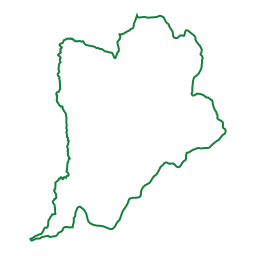 outline of Jardín, Antioquia, Colombia
{"feature_id": "7082276B57305283238211", "entity_name": "Jardín", "entity_type": "district", "adm_level": 2, "iso_a3": "COL", "parent_name": "Colombia", "parent_adm1": "Antioquia", "projection": "natural_earth1", "projection_center": [-75.842, 5.568], "detail": "fine", "context": "isolated", "style": "outline", "palette": "green", "viewbox_px": 256, "rotation_deg": 0, "n_neighbors": 0, "source": "geoboundaries", "source_scale": "gbopen_adm2", "svg_char_len": 5630}
<svg xmlns="http://www.w3.org/2000/svg" viewBox="0 0 256 256"><path d="M144.5,16.9L139.3,17.5L138.2,17.4L137.4,16.4L137.0,15.4L135.7,19.3L133.9,23.9L133.6,26.5L133.2,27.8L132.3,28.5L130.6,29.1L129.8,30.1L129.1,30.6L127.3,31.4L123.8,33.5L122.5,34.1L121.4,34.3L119.6,34.2L119.4,34.6L120.3,36.2L119.9,38.5L119.7,39.3L118.4,40.6L117.4,42.2L117.5,43.2L118.9,49.0L118.7,51.0L118.5,51.7L117.4,52.5L116.9,54.4L116.1,56.1L115.5,57.8L115.3,58.1L114.9,58.1L114.1,57.4L113.4,55.3L112.6,53.8L111.8,52.7L108.9,52.3L107.6,51.7L105.5,51.5L103.3,50.2L102.6,49.5L101.9,49.1L101.1,48.9L99.8,49.0L98.1,48.0L97.3,48.0L96.8,48.1L96.3,48.0L95.2,47.0L92.5,46.2L91.4,46.1L89.4,45.6L87.9,45.4L85.7,44.7L84.4,43.4L83.5,41.6L82.8,41.2L81.7,41.8L80.5,41.2L78.9,41.0L77.2,41.4L75.5,41.1L74.8,41.1L73.8,39.8L73.3,39.5L72.8,39.5L72.4,38.8L71.3,39.1L70.7,38.4L70.1,38.7L69.3,38.9L68.1,38.5L67.2,38.8L66.3,38.9L65.3,39.8L63.9,40.2L63.6,40.8L63.2,42.0L62.9,42.7L61.9,43.3L60.6,43.6L59.6,44.6L59.6,45.0L59.7,45.5L60.9,46.4L61.9,47.7L60.4,49.0L60.4,49.5L60.7,50.2L60.3,51.1L60.8,52.4L60.7,52.8L59.2,53.6L58.0,55.0L58.5,55.6L59.4,56.1L59.8,56.6L60.6,57.6L60.6,58.0L59.9,59.1L59.8,59.9L60.5,61.8L60.6,62.3L59.9,62.8L59.5,63.3L58.9,65.0L58.8,67.2L58.5,68.4L58.6,69.5L59.2,71.2L59.3,71.8L58.8,72.6L57.8,73.8L57.7,74.7L58.1,75.8L59.4,77.1L59.3,78.8L59.9,81.3L60.0,87.1L60.3,88.3L60.3,88.8L59.6,89.5L59.4,90.8L58.8,91.6L58.3,92.0L56.9,92.3L56.7,92.6L56.7,93.1L56.4,93.6L56.2,94.2L56.5,94.8L56.9,95.0L57.1,95.3L56.8,96.1L57.2,96.5L57.0,97.4L57.3,98.0L56.6,99.3L57.0,100.1L56.9,101.2L57.0,101.7L58.3,103.1L59.3,105.3L60.3,105.8L60.4,106.3L60.8,106.6L62.1,106.4L62.6,106.9L62.6,108.9L63.3,109.5L63.8,110.8L64.9,112.1L65.5,113.1L65.9,114.3L66.1,115.7L66.5,117.5L66.3,121.0L66.7,125.7L66.3,128.1L66.8,129.3L66.9,130.2L66.8,131.7L66.4,132.2L66.3,132.6L67.1,134.7L66.9,136.9L67.0,137.2L67.6,137.4L68.0,138.0L67.8,140.3L68.6,140.7L68.8,141.2L68.3,142.3L68.2,143.7L67.9,144.7L67.2,146.0L67.1,146.6L68.1,149.5L68.1,150.2L67.5,151.0L68.0,151.9L68.0,152.4L68.0,152.9L67.7,154.2L67.8,154.7L68.9,156.9L69.0,157.8L69.7,158.6L68.8,159.2L68.1,161.9L67.6,162.6L67.6,163.6L67.3,164.8L67.0,170.0L66.5,171.1L66.5,171.4L66.6,171.7L67.5,172.4L68.3,173.5L68.7,175.0L68.2,175.8L67.1,175.9L66.7,176.1L66.1,177.2L66.0,177.8L64.8,177.2L63.9,177.3L63.6,177.6L63.5,178.4L63.1,179.0L62.4,178.9L61.7,177.5L60.9,177.2L60.7,177.3L60.6,178.4L60.3,178.6L59.5,178.5L59.0,178.5L58.5,180.2L57.7,180.6L55.3,182.9L55.5,184.5L55.3,186.5L55.5,187.7L55.0,188.6L54.8,189.6L54.2,189.9L54.1,190.5L54.6,191.9L56.1,194.2L56.1,196.2L56.4,197.5L55.5,198.7L55.0,198.6L54.4,199.2L53.3,200.8L53.0,201.0L52.8,201.7L53.0,202.5L53.4,203.5L54.1,204.2L54.5,204.8L55.0,208.1L55.0,210.7L55.2,211.2L55.2,212.6L55.1,213.2L55.4,214.0L53.7,214.4L52.2,214.4L51.6,215.8L50.7,216.5L50.1,218.0L48.5,220.4L48.3,221.6L48.1,225.0L47.7,226.6L47.2,227.5L46.8,227.7L45.1,227.7L44.5,228.2L42.7,232.0L41.4,233.9L38.8,234.5L37.2,235.5L36.0,235.7L32.9,237.7L30.4,239.0L31.4,240.6L31.9,240.6L36.1,238.7L37.1,238.5L38.5,238.6L39.7,238.5L41.4,237.3L46.9,236.0L48.1,235.8L48.5,236.2L49.1,236.4L49.3,236.8L49.7,237.0L55.4,236.1L56.6,235.5L57.1,235.1L57.5,234.6L57.9,233.6L58.6,232.7L60.5,232.0L62.1,230.8L62.6,230.1L63.3,228.3L64.2,227.5L64.8,227.2L67.0,226.9L68.4,227.3L72.6,227.3L73.1,224.4L73.8,222.4L73.8,217.8L74.6,217.1L75.2,215.9L75.5,212.4L76.5,210.1L77.6,207.7L79.0,206.7L80.3,206.8L81.0,207.4L83.7,209.6L85.0,211.2L86.4,214.0L87.7,219.6L88.4,221.5L90.0,223.1L92.4,224.5L95.4,225.3L97.3,225.7L101.1,225.9L103.2,226.3L109.9,228.9L112.0,229.1L113.5,228.0L114.9,226.6L116.7,223.1L118.5,220.9L119.5,220.1L122.5,211.7L124.1,209.1L125.8,206.7L127.5,203.8L129.1,199.3L130.4,198.4L133.4,197.7L135.8,197.8L138.6,197.4L139.0,197.3L140.4,196.3L140.8,195.2L141.0,192.1L141.7,189.6L142.4,188.2L143.6,186.7L144.8,185.5L149.8,182.7L153.0,177.5L154.1,176.2L156.5,174.4L157.4,173.1L159.6,169.0L159.9,168.2L160.8,166.8L161.8,165.7L162.7,165.2L163.4,164.5L163.9,163.5L164.4,163.0L165.2,162.7L166.7,162.5L169.5,163.8L171.6,163.5L173.3,163.6L174.4,164.3L176.2,166.2L177.1,166.9L178.1,167.2L178.9,167.2L179.6,166.9L180.4,165.9L183.1,161.7L185.6,159.9L186.0,158.7L186.1,155.2L186.5,153.2L187.0,152.7L188.1,152.7L188.9,152.4L192.9,149.9L198.4,147.9L201.0,148.5L205.6,147.9L207.0,148.1L208.0,148.0L209.2,147.6L210.1,147.0L211.5,145.3L213.0,144.0L216.9,140.8L217.9,140.5L218.8,139.8L222.7,134.9L224.2,134.1L225.0,133.4L225.6,131.4L225.6,130.2L225.3,129.6L224.7,128.9L223.4,128.1L222.9,127.5L223.0,123.9L222.8,122.6L222.5,121.9L222.0,121.5L220.7,120.6L218.5,119.4L217.8,118.9L217.3,118.2L217.3,117.2L217.6,116.2L217.6,115.3L217.2,114.6L216.7,114.0L216.4,112.2L214.8,109.9L213.0,105.1L212.5,101.4L211.8,99.9L210.6,99.6L208.5,97.7L206.4,97.4L203.2,95.0L200.6,94.1L199.1,93.8L196.9,93.6L196.2,94.4L193.4,95.6L192.6,95.4L192.2,95.1L191.9,94.5L191.7,93.7L191.7,93.1L192.3,92.0L192.3,87.8L192.8,83.6L192.9,81.7L193.6,78.8L194.4,77.0L195.7,76.3L196.8,75.4L198.8,73.4L200.9,69.4L201.4,68.2L202.0,62.8L202.1,60.0L202.2,59.3L202.6,58.4L202.6,57.8L201.9,55.8L201.2,55.1L200.7,54.8L200.6,54.4L200.5,54.0L200.8,53.5L201.1,53.0L201.6,51.9L201.8,49.6L201.5,48.9L199.9,45.7L198.6,44.4L196.2,41.3L195.5,39.5L195.4,37.6L194.7,36.2L193.5,35.0L190.7,32.9L188.6,31.0L187.5,30.4L186.4,30.3L185.7,30.6L185.4,31.3L184.8,33.2L184.7,34.3L184.4,35.4L184.0,35.8L183.3,35.8L182.9,35.5L182.2,35.4L180.3,35.5L177.3,38.0L175.9,38.1L175.3,38.0L173.8,37.3L173.5,36.8L173.2,36.0L172.6,31.6L170.1,27.8L169.2,26.1L168.8,24.5L168.7,24.3L166.9,23.0L165.9,21.9L164.8,19.9L164.0,17.7L162.9,16.9L160.7,15.9L159.7,15.8L157.4,16.8L155.2,17.2L147.6,17.7L144.5,16.9Z" fill="none" stroke="#15803d" stroke-width="2"/></svg>